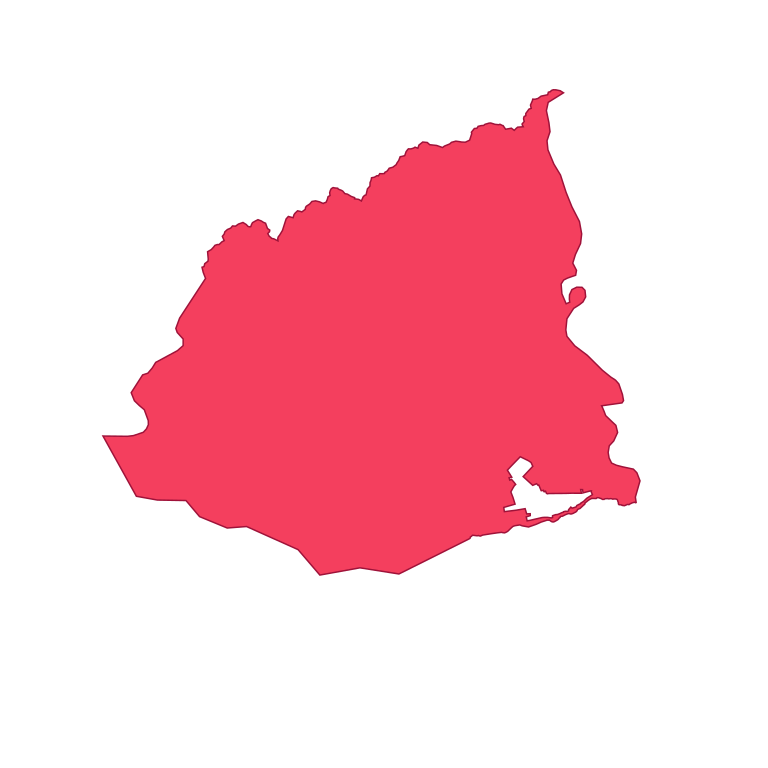 outline of Chuy, Chuy, Kyrgyzstan, rotated 157°
{"feature_id": "92254566B95692459438099", "entity_name": "Chuy", "entity_type": "district", "adm_level": 2, "iso_a3": "KGZ", "parent_name": "Kyrgyzstan", "parent_adm1": "Chuy", "projection": "orthographic", "projection_center": [75.313, 42.647], "detail": "fine", "context": "isolated", "style": "filled", "palette": "rose", "viewbox_px": 768, "rotation_deg": 157, "n_neighbors": 0, "source": "geoboundaries", "source_scale": "gbopen_adm2", "svg_char_len": 6172}
<svg xmlns="http://www.w3.org/2000/svg" viewBox="0 0 768 768"><g transform="rotate(157 384 384)"><path d="M105.0,581.9L107.2,585.1L110.8,587.6L113.2,588.7L115.2,588.8L116.7,588.1L118.7,588.4L120.3,586.3L126.9,587.6L130.7,586.7L133.7,587.1L135.8,588.1L136.6,586.9L140.2,583.5L140.8,580.2L143.1,580.4L147.8,577.6L148.6,575.6L150.5,575.5L151.7,574.0L152.1,572.8L152.3,570.9L155.3,569.4L155.5,568.6L155.3,566.4L160.6,568.2L162.3,567.7L165.0,566.6L166.8,569.7L172.5,571.0L173.4,575.3L173.8,575.5L175.8,577.8L177.0,577.8L180.6,579.8L181.2,580.4L183.7,582.5L185.3,583.1L188.1,583.4L189.4,583.6L191.3,583.1L193.6,583.9L196.7,584.4L197.4,583.8L198.7,583.1L201.0,583.9L205.2,581.6L205.4,580.2L209.9,575.0L214.7,574.8L218.2,576.5L219.8,577.6L223.0,579.5L227.5,580.1L229.7,579.3L235.4,579.4L237.7,578.8L242.3,583.0L248.4,586.4L249.8,589.4L253.8,591.6L258.5,590.3L260.7,587.8L262.9,589.9L264.7,589.6L267.3,589.9L269.6,590.9L270.3,590.7L272.8,589.3L275.7,586.1L278.5,586.5L280.3,586.9L283.1,584.0L286.1,582.1L286.9,581.2L291.2,580.1L294.9,580.6L297.1,579.2L298.2,578.7L300.5,578.5L301.3,577.6L303.3,578.2L305.7,579.3L307.8,577.8L309.1,578.5L312.0,578.1L314.9,578.7L316.4,576.5L318.1,574.9L319.6,571.7L323.0,570.1L326.6,565.1L328.2,565.2L330.1,564.4L333.3,561.3L335.1,563.8L338.8,566.0L338.2,567.0L340.9,569.5L343.4,573.0L345.6,574.5L346.6,577.7L347.5,578.9L349.9,581.2L350.1,582.3L352.7,583.7L354.1,584.7L356.2,584.4L357.8,583.1L359.3,581.3L360.0,578.6L362.3,578.3L364.1,576.0L366.4,573.9L368.5,574.1L369.4,573.9L372.2,576.9L375.4,579.3L379.0,580.2L382.1,578.7L386.0,578.0L387.1,577.3L388.3,575.5L392.4,574.5L393.6,575.6L395.9,577.2L399.1,576.0L400.6,575.1L402.7,572.6L406.6,575.6L409.6,574.2L417.5,565.0L421.8,561.9L423.8,560.8L424.9,559.5L425.7,557.2L428.7,560.7L430.6,562.0L430.9,563.1L431.9,564.8L432.2,567.9L429.9,568.9L429.0,570.3L430.5,572.7L430.2,578.3L431.8,579.9L433.2,582.0L435.8,584.5L438.7,584.3L442.0,583.9L443.6,582.6L445.2,580.9L446.3,581.2L447.7,582.3L448.4,584.5L450.7,587.8L455.5,588.1L459.0,587.3L461.7,588.7L464.2,587.4L467.8,587.4L471.0,586.3L472.6,584.4L475.1,583.1L475.1,578.4L477.7,578.2L481.3,576.8L482.9,577.5L485.4,577.7L487.6,576.5L490.6,575.2L494.7,574.7L497.0,567.6L498.1,565.8L502.0,564.8L503.8,562.4L505.9,562.6L506.8,557.3L507.0,550.9L546.4,524.5L553.9,516.5L554.2,512.2L551.3,503.9L553.9,497.8L561.2,495.4L585.7,493.1L591.2,489.2L597.2,486.2L602.6,486.7L620.1,474.8L620.3,466.1L617.6,459.7L614.7,454.0L615.3,442.4L616.8,438.6L620.2,435.5L624.4,433.6L634.8,434.4L640.6,436.1L663.0,445.9L655.8,377.4L637.9,365.7L611.8,354.1L605.6,334.0L584.6,312.7L566.2,306.5L527.8,265.1L517.7,233.2L478.0,224.2L444.5,203.3L365.6,208.2L364.9,208.5L364.3,209.4L363.0,209.6L361.7,210.2L361.4,210.1L357.6,207.9L356.2,207.6L355.7,207.0L354.5,206.3L352.3,206.4L344.2,204.4L337.8,202.7L333.7,201.5L333.0,200.9L332.1,200.4L331.5,200.0L331.3,199.9L330.0,199.8L329.1,199.9L327.8,200.0L322.6,202.0L321.0,202.5L320.2,202.5L318.9,202.4L314.4,201.3L313.8,201.0L312.3,199.5L306.8,195.9L298.9,195.4L296.2,195.4L293.4,195.5L288.0,195.0L287.2,195.0L284.9,194.0L284.7,193.7L284.0,192.5L283.4,191.7L282.3,190.9L281.0,190.7L278.2,191.0L277.0,191.2L276.2,191.5L275.0,192.2L274.0,192.4L273.8,192.7L273.6,193.0L273.3,193.1L272.9,193.1L271.8,192.6L270.7,192.6L267.9,192.8L265.3,192.7L264.3,192.4L262.8,191.3L262.0,191.1L260.2,191.0L258.7,191.2L257.5,191.2L257.1,191.4L255.8,191.9L255.5,192.2L255.0,192.7L254.4,192.9L253.4,192.9L252.3,192.8L248.4,194.2L247.4,194.7L247.0,194.6L246.4,194.8L245.9,195.2L245.6,195.5L245.5,196.0L243.6,196.4L242.1,196.9L239.7,197.4L237.3,197.5L237.2,197.3L236.3,197.0L234.6,196.2L233.4,195.7L232.2,196.1L230.6,195.3L229.5,194.1L228.8,193.7L228.3,192.8L228.0,192.4L226.5,191.8L226.2,192.0L225.1,191.9L222.8,191.1L222.7,190.9L221.9,190.4L220.3,190.0L219.2,189.4L218.9,189.1L218.7,188.8L218.1,188.5L217.7,188.5L215.9,187.8L215.2,187.2L214.8,187.0L214.6,186.7L214.4,185.9L214.5,185.1L214.6,184.4L214.6,183.2L215.1,182.1L214.9,181.2L214.7,181.0L212.7,180.0L212.5,179.5L212.0,179.0L211.6,179.1L210.6,178.1L209.5,178.0L208.0,178.0L207.3,178.1L206.3,177.7L205.7,177.2L205.1,177.3L204.3,177.5L203.4,177.5L202.3,177.6L201.3,177.5L200.4,177.4L199.4,177.2L199.0,176.5L198.2,176.4L196.8,181.7L186.2,194.8L185.9,203.4L187.7,208.2L196.7,214.5L201.8,218.4L205.4,222.3L205.7,228.0L204.4,233.4L200.8,239.1L194.8,241.8L187.9,248.1L186.7,255.3L188.8,260.1L192.3,268.3L192.1,272.7L192.1,277.5L192.2,278.9L183.9,276.7L172.3,273.6L170.0,275.1L168.6,281.2L167.8,292.3L169.4,297.1L172.6,301.9L177.6,311.3L185.7,331.1L193.5,344.6L197.0,356.4L195.5,362.7L190.1,372.6L179.9,379.5L173.3,380.6L168.8,381.8L164.3,385.4L162.4,391.7L163.9,395.6L168.7,397.8L174.1,397.5L178.4,393.6L180.2,389.7L181.1,386.7L185.0,386.7L185.0,397.5L181.9,406.8L178.0,409.5L173.8,409.8L169.0,409.5L165.1,409.2L162.4,413.4L163.0,421.5L157.2,428.4L148.2,436.5L143.4,444.9L140.6,457.2L141.8,473.7L141.5,489.4L139.9,507.4L141.7,520.1L141.6,535.5L138.9,544.2L132.6,551.4L130.1,560.1L127.7,572.2L122.8,579.1L105.0,581.9ZM234.9,204.5L235.3,204.0L235.4,203.7L235.4,200.7L242.0,199.6L246.1,198.0L249.6,197.4L249.9,197.0L251.7,197.0L254.0,196.8L255.2,195.8L259.3,196.2L260.1,197.7L263.2,196.2L263.6,195.2L264.7,195.0L266.8,196.0L268.7,196.3L269.1,195.9L270.7,196.1L272.9,196.0L275.3,196.1L277.1,196.7L280.3,196.9L280.7,196.2L281.0,195.2L282.4,195.4L285.5,197.3L288.8,198.7L289.7,199.0L290.6,199.3L299.0,200.8L302.6,201.4L305.7,202.1L305.0,206.1L300.8,205.7L300.1,207.5L303.4,208.7L303.1,211.4L302.8,214.1L311.7,216.2L323.1,219.5L322.0,223.6L310.3,222.2L309.6,229.2L309.4,235.1L306.3,237.6L303.8,239.4L302.0,240.1L302.7,242.7L303.9,246.4L305.8,246.4L305.5,248.8L302.8,248.3L304.1,256.5L299.1,258.7L287.0,263.8L281.0,256.9L279.3,254.3L279.2,250.1L292.1,244.4L286.7,232.6L282.5,232.6L281.8,230.6L281.0,230.5L281.0,227.4L281.0,225.8L281.0,224.4L280.6,224.2L278.7,223.8L278.7,223.1L278.8,223.1L278.8,222.5L278.7,222.2L277.2,222.2L277.2,221.1L277.1,220.1L277.2,219.9L276.9,219.5L276.6,219.3L276.5,219.1L275.9,219.0L274.7,218.6L270.8,217.0L263.8,214.1L259.7,212.4L254.3,210.3L244.9,206.3L244.2,210.0L242.5,209.2L243.3,206.0L239.7,205.5L237.0,205.1L236.1,205.0L234.9,204.5Z" fill="#f43f5e" stroke="#9f1239" stroke-width="1.5"/></g></svg>